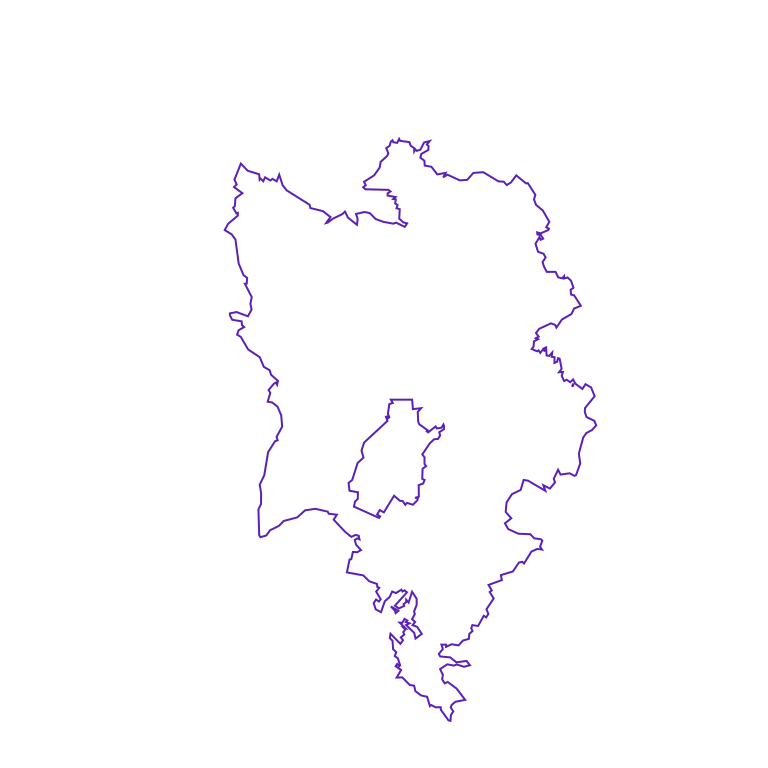 Semarang, Jawa Tengah, Indonesia (Albers equal-area conic projection), rotated 33°
{"feature_id": "22746128B46914217687538", "entity_name": "Semarang", "entity_type": "district", "adm_level": 2, "iso_a3": "IDN", "parent_name": "Indonesia", "parent_adm1": "Jawa Tengah", "projection": "albers", "projection_center": [110.496, -7.288], "detail": "fine", "context": "isolated", "style": "outline", "palette": "violet", "viewbox_px": 768, "rotation_deg": 33, "n_neighbors": 0, "source": "geoboundaries", "source_scale": "gbopen_adm2", "svg_char_len": 6168}
<svg xmlns="http://www.w3.org/2000/svg" viewBox="0 0 768 768"><g transform="rotate(33 384 384)"><path d="M584.5,303.1L580.4,300.3L571.8,301.4L567.6,298.1L565.7,294.7L567.3,279.5L559.6,274.1L553.1,274.4L553.1,280.1L544.4,279.5L540.1,277.2L539.2,281.1L534.9,280.9L533.5,283.4L528.6,280.4L527.5,276.5L524.4,278.8L524.7,274.5L517.5,267.1L515.9,267.5L517.1,271.0L515.5,273.5L512.4,268.6L509.8,269.9L507.9,266.0L507.2,270.5L504.8,271.5L500.0,265.0L498.5,267.3L501.3,268.9L498.5,268.6L498.1,272.8L495.3,271.6L494.6,273.2L488.8,274.2L489.1,271.1L486.5,266.6L488.8,262.5L486.4,262.9L487.9,260.0L483.7,258.5L484.1,253.2L491.0,242.2L495.4,241.2L497.9,242.8L498.1,233.0L503.1,223.2L502.3,217.2L506.5,211.2L495.2,206.1L492.2,207.1L489.2,203.3L490.5,200.1L484.6,195.5L480.0,194.7L477.6,197.4L476.3,195.5L475.9,198.3L472.0,199.7L466.8,196.5L459.4,201.3L454.1,198.3L450.6,195.4L450.6,189.8L446.9,187.9L441.2,189.2L434.7,183.9L434.4,176.2L436.9,177.7L438.3,175.4L434.6,173.7L431.2,175.0L429.9,173.4L433.3,172.4L438.0,165.3L437.7,163.9L434.7,164.2L434.3,157.9L422.7,152.0L414.1,151.0L409.3,147.6L407.9,142.9L395.2,137.2L393.8,138.4L381.3,137.0L380.7,145.8L378.6,150.3L374.3,149.1L369.6,151.7L351.9,152.3L344.0,158.3L342.6,167.5L336.7,171.9L323.1,173.9L321.1,178.4L320.7,173.4L314.5,179.2L305.5,176.0L299.2,178.6L296.2,174.7L291.2,174.4L290.0,170.7L293.7,163.6L291.8,160.2L289.5,159.8L290.0,155.4L286.1,159.6L286.9,167.7L284.4,170.7L282.4,170.1L282.6,172.3L280.8,169.8L276.5,169.6L273.6,167.3L265.0,171.3L263.2,170.2L263.7,174.6L260.1,176.2L258.4,175.0L257.7,176.9L259.0,181.3L257.4,184.9L262.0,188.2L262.4,191.1L260.2,199.6L262.5,204.8L262.1,214.4L257.1,225.3L260.4,227.2L259.4,230.3L262.4,230.8L281.9,218.8L284.6,219.0L283.2,222.2L284.4,224.0L291.8,220.9L291.0,223.8L293.4,222.8L295.0,226.5L297.9,226.5L298.8,229.8L302.0,228.8L306.7,237.0L312.1,238.0L315.9,236.7L315.8,240.9L306.3,242.1L304.4,244.5L295.0,248.4L287.1,250.2L279.0,248.4L274.1,250.3L267.9,256.6L272.0,259.9L274.6,265.2L263.2,264.1L257.4,260.6L256.6,264.1L251.2,273.0L248.9,279.3L247.8,280.5L248.2,273.1L238.6,272.3L226.5,276.5L224.0,274.2L196.9,274.6L190.7,272.5L182.1,265.5L183.6,272.5L178.7,272.7L177.8,275.2L171.7,275.4L172.3,279.8L168.3,278.9L168.3,280.2L165.0,276.1L153.6,279.4L143.9,277.1L147.3,294.1L151.8,296.9L150.9,300.5L161.3,301.1L158.3,309.1L162.0,316.1L161.5,318.4L167.3,321.3L168.2,320.1L169.7,322.5L166.0,334.5L166.6,341.7L174.5,341.4L180.7,343.7L196.5,362.1L206.9,369.2L211.4,369.5L214.2,374.5L212.7,375.7L225.7,383.1L228.3,389.5L232.4,393.7L233.0,401.3L221.1,404.0L216.3,408.7L217.3,410.3L221.7,412.8L230.5,409.0L232.8,412.0L235.7,412.4L232.8,418.1L233.9,422.6L238.3,422.5L251.2,429.0L265.2,429.2L273.9,435.1L280.5,434.7L284.4,437.8L293.3,439.1L294.7,442.8L292.6,441.6L291.5,443.7L290.5,451.9L293.5,453.4L296.1,462.2L300.3,460.4L306.9,460.9L314.8,466.2L321.8,475.2L322.7,486.9L325.5,489.2L323.8,491.3L323.9,504.2L333.3,525.8L334.6,536.1L340.5,542.6L346.2,551.6L347.0,557.6L361.7,578.8L363.8,579.8L367.8,575.1L368.1,568.7L373.2,560.1L374.5,553.5L383.9,543.1L386.6,533.0L394.3,526.1L406.3,521.7L408.3,522.9L415.6,519.3L415.7,525.2L432.1,529.2L439.8,530.0L442.3,526.2L445.4,525.0L448.1,527.7L445.7,528.0L444.4,530.7L448.1,534.0L455.2,535.8L453.2,539.6L449.4,541.8L452.0,548.8L450.7,550.0L455.5,562.2L470.9,555.8L479.1,557.5L487.1,555.5L488.8,557.8L491.0,557.5L490.5,562.4L498.5,566.3L498.2,569.2L494.7,569.1L494.7,573.4L499.8,577.5L505.8,577.0L503.0,565.8L504.7,559.5L503.9,553.6L507.9,552.8L510.6,547.0L512.5,548.0L513.6,545.9L516.7,546.2L513.9,564.0L518.6,564.2L521.8,559.2L520.3,558.0L521.4,554.9L520.1,552.8L523.7,553.9L520.7,543.0L528.3,546.3L531.7,551.5L533.2,558.6L535.2,560.2L535.6,566.0L539.7,566.6L539.3,570.7L544.1,569.6L551.8,573.0L549.1,580.3L544.8,576.2L533.8,574.1L535.7,570.8L531.9,571.7L532.3,569.7L529.1,569.8L529.4,574.2L527.1,575.6L535.1,577.1L533.1,577.8L535.6,578.3L535.3,581.6L537.4,583.0L536.1,587.4L539.5,588.5L539.3,593.0L525.5,589.9L527.2,593.9L531.1,594.8L536.1,601.5L540.3,602.2L541.2,606.3L545.0,606.5L550.8,611.2L550.5,612.4L547.5,611.6L547.5,614.4L554.1,614.5L554.5,623.3L559.1,620.1L569.6,622.4L573.6,620.6L577.6,624.5L584.8,625.0L590.5,622.8L597.9,629.1L598.2,627.6L603.5,627.0L607.5,624.2L609.2,626.3L621.3,631.0L623.2,630.3L620.4,625.1L620.5,620.9L616.2,619.0L615.5,616.3L617.0,611.6L624.1,604.7L610.8,599.9L599.7,599.2L598.0,602.0L593.6,600.0L591.8,595.9L586.3,592.5L589.8,584.6L596.0,582.1L597.8,579.6L605.1,577.6L609.2,573.1L604.1,571.3L596.3,578.0L588.4,577.2L579.6,581.9L577.0,580.6L577.7,574.2L574.1,571.3L578.1,568.8L579.2,570.6L582.5,565.4L588.9,562.6L589.9,556.2L594.0,551.5L591.6,547.0L592.8,543.0L590.2,541.3L589.4,538.1L594.7,535.7L593.9,524.0L596.8,524.1L596.8,520.0L592.6,517.1L592.8,504.1L585.9,500.9L586.8,498.4L581.1,495.6L589.6,484.3L586.1,480.6L594.2,471.0L594.4,460.2L596.8,457.8L599.2,458.3L598.9,444.3L602.4,438.8L606.7,436.8L603.5,435.4L602.1,429.1L599.9,428.8L594.1,431.6L588.5,430.3L578.2,436.4L567.1,438.0L561.3,435.0L563.9,427.3L555.7,425.0L551.3,416.6L551.3,406.7L556.3,398.4L553.4,388.4L557.5,386.6L577.5,385.7L572.8,382.1L580.1,381.3L581.0,373.3L578.0,371.1L576.7,361.1L581.4,363.8L588.3,357.8L593.8,357.3L594.7,355.7L591.8,343.7L585.3,336.2L580.2,320.4L580.4,315.0L583.5,309.3L584.5,303.1ZM403.5,406.8L399.4,398.0L401.7,395.1L398.3,393.4L416.1,381.8L421.9,389.3L428.3,384.1L427.5,389.0L432.9,396.6L435.3,398.5L446.1,399.1L445.7,400.4L447.4,400.5L450.4,391.5L452.5,392.5L456.0,389.4L455.9,385.6L457.5,386.8L458.9,389.3L456.6,394.3L459.1,396.6L459.2,400.7L456.1,403.1L454.7,409.0L454.5,422.2L457.9,423.4L461.5,429.0L464.1,430.0L462.5,434.0L467.7,442.7L470.3,442.4L471.1,446.1L468.2,449.9L474.6,459.6L472.0,462.6L474.5,461.2L475.3,463.2L474.0,469.5L468.0,471.2L467.6,473.8L463.5,472.0L460.8,473.3L453.3,472.2L453.8,491.8L449.1,492.0L449.3,497.2L452.8,497.1L452.8,499.0L425.6,503.2L423.7,498.3L424.6,494.7L421.1,489.0L413.2,492.3L408.2,486.3L409.6,481.7L404.9,464.6L406.9,456.9L401.4,452.1L399.2,443.9L407.0,413.1L403.5,410.4L404.5,409.1L405.9,410.8L406.6,409.0L403.5,406.8ZM543.6,282.1L543.1,283.8L542.4,280.5L543.6,282.1ZM518.6,569.8L519.6,566.4L511.0,566.8L516.6,568.2L518.6,569.8Z" fill="none" stroke="#5b21b6" stroke-width="2"/></g></svg>